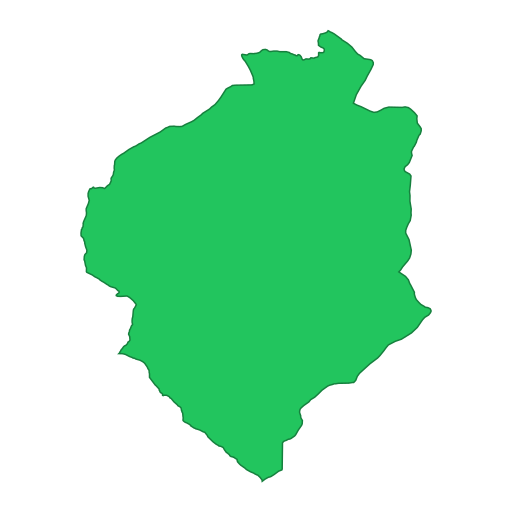 the district of Vetas, Santander, Colombia
{"feature_id": "7082276B44126561494717", "entity_name": "Vetas", "entity_type": "district", "adm_level": 2, "iso_a3": "COL", "parent_name": "Colombia", "parent_adm1": "Santander", "projection": "mercator", "projection_center": [-72.897, 7.32], "detail": "fine", "context": "isolated", "style": "filled", "palette": "green", "viewbox_px": 512, "rotation_deg": 0, "n_neighbors": 0, "source": "geoboundaries", "source_scale": "gbopen_adm2", "svg_char_len": 5966}
<svg xmlns="http://www.w3.org/2000/svg" viewBox="0 0 512 512"><path d="M118.9,353.6L122.7,353.7L125.4,354.4L129.7,356.6L132.0,357.4L133.1,358.1L134.5,358.2L135.7,359.0L140.0,360.2L142.6,361.6L144.3,362.9L145.3,364.0L145.4,364.4L147.1,366.7L148.1,368.9L149.1,370.4L149.2,372.6L149.5,373.8L149.5,377.4L155.3,385.1L155.9,385.5L159.1,389.0L159.2,390.1L159.9,391.1L159.9,391.7L160.7,392.7L161.5,393.0L162.5,394.0L162.6,395.4L163.3,395.6L164.0,395.2L166.7,395.3L169.3,396.7L169.9,397.8L171.2,398.5L174.0,401.9L177.2,404.7L178.0,405.8L179.8,406.7L180.9,407.7L181.3,408.9L181.4,410.2L181.8,410.6L181.9,411.7L182.7,413.2L183.0,416.6L183.2,417.8L183.0,420.1L183.1,420.5L183.6,421.1L185.2,422.3L186.6,422.8L189.3,424.3L190.4,425.1L190.8,425.5L190.7,425.8L194.2,428.1L194.9,428.2L195.7,428.8L197.7,429.3L200.0,430.1L203.3,431.9L204.7,432.2L207.5,435.7L207.7,436.6L212.9,441.7L216.1,444.2L218.0,445.2L218.9,446.0L220.8,446.3L223.2,447.5L224.4,449.7L226.4,452.5L227.6,453.1L228.0,453.6L229.3,454.6L229.8,455.7L231.1,456.6L233.0,456.9L233.3,457.3L234.4,457.5L235.0,458.2L237.1,459.4L237.2,460.8L238.0,461.8L237.2,461.4L239.4,463.9L240.9,465.3L244.8,468.0L246.4,469.5L250.5,471.8L253.9,473.2L254.5,473.7L257.1,475.0L257.6,475.0L260.1,477.4L261.4,479.1L262.0,479.8L262.2,481.3L265.1,479.1L268.5,477.2L269.7,477.0L271.0,476.5L274.3,474.4L278.6,471.2L281.9,469.9L282.2,468.9L282.2,467.1L282.5,442.8L283.5,441.6L284.5,440.9L286.2,440.4L288.4,439.2L289.7,439.1L291.0,438.5L294.6,436.0L295.7,434.7L298.2,430.2L301.6,425.3L302.2,423.8L302.4,420.5L301.2,418.5L300.7,417.2L300.7,415.8L299.6,412.6L299.6,411.3L300.0,409.4L301.0,408.0L303.8,405.5L308.9,401.9L310.6,399.7L314.7,397.2L318.1,394.1L322.1,390.1L327.5,386.2L329.6,385.2L332.4,384.5L334.2,383.8L335.6,383.8L338.4,383.3L348.8,383.1L352.6,382.5L353.7,382.5L355.7,380.4L357.3,376.3L359.5,373.3L369.8,363.9L377.6,358.0L379.9,355.6L383.8,350.8L386.2,347.5L388.4,344.9L395.3,341.3L401.4,339.2L411.5,332.9L417.3,327.4L422.5,319.8L424.8,317.3L428.6,315.0L430.3,312.9L431.0,311.5L431.0,310.4L430.1,308.7L427.8,307.6L425.2,307.2L424.4,306.5L420.8,304.4L419.0,302.6L416.4,299.7L415.4,297.7L414.5,294.8L414.3,293.3L414.4,292.3L410.7,285.1L409.7,283.4L408.4,279.9L405.5,276.4L398.8,271.9L400.6,270.0L402.6,266.9L407.7,260.9L409.6,258.0L410.9,254.0L411.3,250.2L409.0,239.6L405.7,233.1L405.7,230.4L406.8,227.2L408.4,223.6L410.2,220.6L411.2,215.2L411.0,212.9L411.2,209.0L409.9,201.1L410.0,195.6L409.5,191.7L410.3,185.1L411.0,176.0L409.7,174.1L405.0,171.5L404.2,169.9L404.1,168.8L405.1,166.7L407.6,164.7L409.3,162.5L412.1,155.5L411.5,153.0L411.5,151.3L413.5,147.1L414.3,146.2L416.3,142.3L416.9,140.1L419.0,135.3L420.2,134.1L421.2,130.8L421.2,128.7L420.3,127.1L417.3,123.1L416.8,118.7L417.1,115.9L414.5,112.7L410.7,109.2L408.4,107.6L405.1,106.9L402.2,107.4L388.8,107.1L384.1,108.3L380.8,110.2L377.3,111.9L373.9,112.4L369.9,111.0L361.1,106.7L356.7,105.0L353.4,103.2L356.3,94.7L361.1,86.1L365.2,80.3L367.2,76.1L370.9,69.5L373.2,64.6L373.3,62.7L372.3,60.7L371.3,60.0L370.1,59.6L364.1,58.7L360.1,55.4L357.7,54.1L355.4,51.6L351.9,47.1L347.4,43.3L341.7,39.7L341.4,39.1L334.2,33.9L331.7,32.5L330.3,32.0L329.0,31.1L328.1,30.7L327.6,31.5L326.9,32.2L325.8,32.8L322.9,33.7L320.6,34.1L320.1,34.6L319.7,36.4L319.3,37.0L319.2,37.8L318.1,40.5L318.1,41.6L318.4,42.8L318.5,45.3L320.8,47.0L323.0,47.9L324.0,48.7L324.2,49.2L324.3,50.4L324.0,51.8L323.5,52.4L322.7,52.7L320.0,52.7L319.1,52.4L318.6,52.8L318.6,55.6L317.7,57.0L315.0,57.6L314.1,58.2L311.2,57.8L310.6,57.9L310.2,58.7L308.9,59.1L306.2,58.9L305.6,59.0L304.4,59.7L303.3,60.0L302.8,59.9L302.1,59.1L301.2,56.8L300.3,55.7L300.0,55.3L298.8,54.7L298.1,54.7L297.2,55.7L296.3,55.7L295.8,55.6L295.0,54.9L294.3,54.9L292.2,53.9L290.5,53.5L289.4,52.5L286.3,51.7L279.8,51.7L277.2,51.1L273.6,51.1L270.9,51.5L269.6,51.5L268.4,51.0L267.2,50.0L265.4,49.4L262.9,49.7L261.4,50.7L260.0,52.1L258.9,52.7L256.2,53.4L254.8,53.4L254.2,53.7L250.0,53.5L248.8,53.8L247.5,54.8L246.7,55.0L242.3,54.3L241.7,54.8L241.7,55.8L242.6,57.9L243.6,59.5L245.3,61.4L248.4,66.5L250.3,70.1L252.9,76.2L253.3,77.5L253.3,78.4L253.9,81.1L254.1,83.9L252.0,84.9L235.3,85.2L232.3,85.5L231.0,86.5L227.6,88.2L226.0,89.2L220.9,97.2L218.1,101.0L215.0,104.6L211.5,107.1L209.6,109.0L202.6,113.4L201.3,114.8L197.3,117.7L194.0,120.4L192.1,121.4L192.3,121.4L185.4,124.5L182.1,126.4L179.5,126.6L175.9,126.5L174.2,126.2L169.6,126.4L167.8,127.3L165.7,128.0L160.2,132.0L149.8,137.4L141.2,143.0L139.0,143.9L137.4,145.0L135.6,146.1L133.7,146.8L128.9,149.5L123.6,153.3L121.7,154.3L119.0,156.2L116.9,158.0L115.4,159.9L114.8,161.3L114.6,164.6L114.3,165.6L114.2,168.2L114.4,169.8L114.1,171.0L113.6,172.2L113.3,174.5L112.8,175.7L111.1,178.2L111.2,180.9L109.6,184.3L107.5,185.7L105.2,188.0L104.6,188.5L102.5,187.7L99.8,187.5L95.1,188.3L94.2,188.1L93.6,187.2L93.2,187.2L91.4,188.7L90.2,188.7L89.8,189.1L88.6,191.7L88.1,193.5L88.1,196.3L89.3,200.6L89.1,200.8L88.4,203.5L86.2,208.7L86.2,210.6L86.5,212.9L86.3,215.5L83.6,221.7L83.1,223.5L83.4,224.0L83.1,224.9L83.1,226.7L82.3,227.6L82.0,229.0L81.5,229.5L81.0,233.0L81.1,235.8L83.4,238.2L83.8,239.2L84.0,240.6L84.7,241.9L84.7,243.1L85.6,246.7L86.9,250.2L86.6,252.8L85.2,254.2L84.8,254.8L84.3,256.5L84.2,257.9L84.1,259.8L84.7,261.0L85.5,265.4L86.5,267.8L86.4,271.7L86.7,272.2L87.2,272.5L92.4,275.0L94.7,276.7L96.8,277.7L99.4,279.2L99.8,279.8L102.3,281.5L103.4,282.0L107.1,284.5L108.1,285.0L109.3,286.0L110.8,286.7L115.0,287.9L115.9,288.5L118.0,290.7L119.1,291.3L119.2,292.2L118.7,293.1L117.5,293.8L116.5,294.8L116.2,295.2L116.3,295.7L117.6,296.3L120.7,296.4L126.9,296.0L128.0,296.5L130.0,297.8L133.3,300.7L135.8,303.9L136.3,304.8L134.6,308.0L133.6,309.2L133.3,310.7L132.8,316.7L132.3,318.3L132.1,320.2L132.1,322.2L132.6,324.5L131.5,325.8L130.3,328.9L129.6,330.0L129.3,332.1L128.8,332.9L128.6,334.2L129.7,336.6L130.0,340.1L129.1,341.4L127.9,342.2L127.9,342.6L127.1,344.1L126.0,345.2L124.4,346.0L123.6,346.7L122.2,348.7L121.3,349.6L120.4,351.4L119.7,352.3L119.7,352.8L118.9,353.6Z" fill="#22c55e" stroke="#15803d" stroke-width="1.5"/></svg>